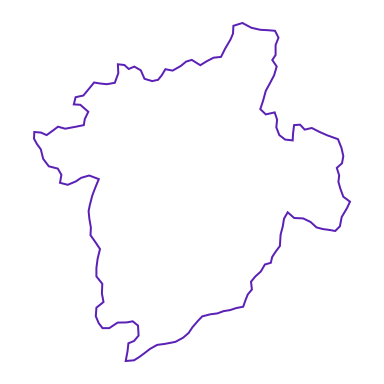 Chácara, Minas Gerais, Brazil
{"feature_id": "56859067B60950226665994", "entity_name": "Chácara", "entity_type": "district", "adm_level": 2, "iso_a3": "BRA", "parent_name": "Brazil", "parent_adm1": "Minas Gerais", "projection": "mercator", "projection_center": [-43.214, -21.689], "detail": "fine", "context": "isolated", "style": "outline", "palette": "violet", "viewbox_px": 384, "rotation_deg": 0, "n_neighbors": 0, "source": "geoboundaries", "source_scale": "gbopen_adm2", "svg_char_len": 2045}
<svg xmlns="http://www.w3.org/2000/svg" viewBox="0 0 384 384"><path d="M350.0,201.7L343.3,196.7L340.4,188.8L338.4,181.8L339.2,175.5L336.8,167.9L342.0,163.3L343.3,156.2L341.5,148.0L338.0,139.2L327.2,135.3L319.7,132.0L311.8,128.0L304.7,129.6L300.1,124.7L294.1,125.1L293.0,133.9L292.7,140.4L285.2,139.6L279.3,135.1L276.3,127.3L277.1,119.7L274.7,112.4L265.8,114.4L260.3,109.1L263.0,101.0L265.8,90.8L269.8,83.5L274.1,75.3L276.7,66.5L272.3,60.0L275.6,55.0L275.6,45.0L278.5,37.7L275.0,30.8L267.9,30.2L260.3,29.8L251.5,27.8L242.4,23.0L233.4,25.8L233.0,33.6L230.6,39.3L225.1,48.7L221.0,56.9L213.6,57.7L206.8,61.2L200.3,65.2L191.8,59.9L186.1,61.6L180.9,65.9L172.6,70.6L165.4,69.2L161.8,75.2L158.1,79.8L152.2,81.1L144.5,78.8L140.8,70.3L134.3,66.6L128.7,69.0L124.4,65.0L117.9,64.3L118.3,73.2L114.8,82.8L106.9,84.2L100.0,83.5L94.1,82.5L89.5,88.1L83.4,95.5L75.6,97.2L73.8,104.4L80.3,104.8L88.3,111.8L84.8,119.0L83.8,125.1L76.0,126.7L65.2,128.7L58.0,126.7L52.7,130.7L46.6,135.1L41.1,132.6L34.3,132.0L34.0,138.7L37.1,144.3L40.8,149.3L43.2,158.9L48.8,166.3L57.8,168.6L61.4,174.8L60.0,182.8L67.7,184.8L75.7,181.5L81.2,177.8L89.2,175.5L98.8,179.1L95.1,188.1L92.3,195.5L89.9,204.7L88.6,211.0L89.3,218.4L90.9,227.6L90.5,235.2L94.8,241.3L100.0,249.0L97.6,258.8L96.4,268.1L96.4,276.4L102.3,283.8L101.9,293.5L103.5,302.0L96.4,307.7L95.8,316.3L98.8,323.3L102.5,328.1L109.3,328.1L117.6,322.6L126.9,322.4L132.7,321.3L138.0,325.6L138.6,335.6L134.0,341.0L128.4,343.3L127.5,351.5L125.7,361.0L134.0,360.3L139.0,357.2L144.3,353.3L150.0,348.9L157.1,344.9L164.8,343.9L175.3,341.9L183.1,337.7L188.6,333.0L192.4,327.3L198.1,320.7L202.2,316.4L210.3,314.3L217.4,313.4L223.7,311.1L230.0,310.1L236.1,308.1L243.2,306.7L245.4,300.4L247.8,294.4L251.9,289.5L251.0,281.7L255.3,276.5L260.8,271.5L264.9,264.5L270.8,262.8L272.2,256.9L275.9,251.3L279.9,246.0L280.6,234.6L282.8,226.3L284.0,218.7L287.7,212.3L294.2,218.0L303.1,218.4L310.6,222.0L316.5,227.4L322.6,229.0L329.1,229.9L335.2,231.0L339.9,226.3L341.7,217.0L347.0,208.1L350.0,201.7Z" fill="none" stroke="#5b21b6" stroke-width="2"/></svg>